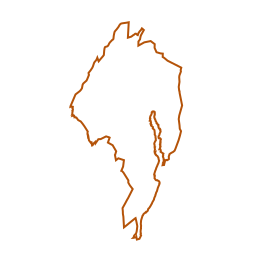 outline of Granvin nor, Hordaland, Norway, rotated 298°
{"feature_id": "86288312B43421694562872", "entity_name": "Granvin nor", "entity_type": "district", "adm_level": 2, "iso_a3": "NOR", "parent_name": "Norway", "parent_adm1": "Hordaland", "projection": "equal_earth", "projection_center": [6.647, 60.544], "detail": "fine", "context": "isolated", "style": "outline", "palette": "amber", "viewbox_px": 256, "rotation_deg": 298, "n_neighbors": 0, "source": "geoboundaries", "source_scale": "gbopen_adm2", "svg_char_len": 5819}
<svg xmlns="http://www.w3.org/2000/svg" viewBox="0 0 256 256"><g transform="rotate(298 128 128)"><path d="M218.7,75.1L217.6,73.6L216.7,72.7L216.0,72.4L214.9,72.2L212.5,72.1L209.5,71.6L208.0,71.2L206.7,71.0L205.4,71.3L202.8,72.1L199.8,73.3L198.8,73.1L198.5,72.8L195.3,71.9L193.9,71.7L191.6,71.8L190.9,71.6L190.4,71.4L189.1,70.1L188.5,69.7L187.3,69.9L185.3,70.6L181.1,72.4L179.6,72.2L175.7,71.3L173.1,70.8L173.7,70.1L175.7,67.9L174.8,68.0L173.2,68.1L170.3,67.5L169.5,67.5L166.0,68.1L164.4,68.2L161.3,67.9L158.1,67.3L157.0,68.1L156.6,68.6L151.6,69.1L150.3,69.1L146.5,67.7L145.7,67.6L145.0,67.6L141.4,68.7L139.4,68.5L137.9,68.1L133.0,65.9L120.3,67.0L119.7,67.2L120.3,67.7L120.2,68.0L120.5,68.5L120.9,69.2L120.9,69.3L120.4,69.5L119.9,69.5L119.7,69.7L119.3,69.7L118.8,70.5L118.4,70.7L117.9,70.7L117.6,70.9L117.4,70.8L117.3,71.0L117.0,71.0L116.7,71.3L116.2,71.3L115.6,71.6L115.3,71.8L114.9,71.9L113.8,72.4L113.7,72.4L113.9,72.7L113.8,72.8L113.8,73.0L113.6,73.1L113.3,73.4L112.9,73.4L113.0,73.5L113.1,74.2L113.4,74.4L113.2,74.7L113.4,74.9L113.1,75.3L112.9,75.4L112.4,75.7L112.8,76.1L112.6,76.8L113.0,77.5L111.6,80.3L111.6,83.2L110.4,86.0L109.0,88.8L106.0,94.1L105.7,94.1L103.7,95.0L102.9,95.8L102.2,96.3L102.7,96.3L102.5,96.5L98.8,99.3L97.6,101.9L98.0,101.9L98.2,102.1L98.2,102.3L98.3,102.6L95.7,104.5L96.0,104.8L99.1,105.1L99.7,105.5L100.2,105.6L99.2,106.5L104.2,107.1L105.4,109.1L110.3,112.6L110.9,115.7L110.9,116.3L105.7,117.1L105.6,122.5L101.9,128.5L98.9,129.1L98.1,129.1L93.9,132.5L96.7,133.7L97.7,139.5L91.6,141.8L87.1,142.2L87.2,142.6L87.1,143.2L86.5,144.9L81.9,152.9L79.9,153.9L78.2,156.6L76.3,160.8L66.1,161.0L64.2,160.9L60.0,160.9L54.7,160.8L51.9,162.6L49.8,163.8L47.6,165.5L38.4,171.1L42.3,172.8L44.8,173.8L51.5,176.7L52.0,177.0L48.9,179.7L45.7,182.3L41.1,184.1L39.5,184.5L38.5,184.6L36.1,184.0L35.3,184.0L35.2,184.3L34.8,184.4L34.1,184.4L33.5,184.2L33.8,184.7L34.5,185.3L34.8,185.9L35.1,186.3L35.5,186.5L35.8,186.5L33.7,188.2L35.5,190.1L39.2,190.0L39.3,189.7L39.6,189.5L39.7,189.2L40.5,189.1L40.6,188.8L41.3,188.6L42.1,187.9L44.6,186.8L45.1,186.8L46.5,186.0L47.5,185.6L48.4,185.1L48.6,184.8L49.6,184.2L52.7,182.9L57.5,182.0L57.9,182.2L59.0,182.1L59.9,182.3L60.8,182.8L61.5,183.0L61.6,183.3L62.2,183.3L62.2,183.6L62.8,183.7L63.6,184.2L64.7,184.2L65.7,183.9L66.4,183.9L66.9,184.2L67.8,184.3L68.1,184.4L68.9,184.4L69.8,184.5L72.0,184.5L72.3,184.6L73.7,184.4L77.0,184.5L77.9,184.2L79.0,184.0L81.2,183.9L81.7,183.6L82.3,183.6L84.2,183.2L85.9,183.2L88.9,182.5L90.6,182.3L92.2,182.2L93.6,182.0L93.7,181.7L94.7,181.5L95.4,180.7L95.6,180.1L95.5,179.4L95.7,178.5L95.1,177.5L95.2,176.8L96.2,174.9L97.5,174.5L97.9,174.2L98.3,174.2L98.7,173.9L98.6,173.7L99.1,173.6L98.8,173.6L98.9,173.4L99.1,173.0L99.2,172.9L102.7,172.2L104.7,172.0L106.2,171.7L108.1,171.6L109.7,171.4L111.0,171.4L113.8,170.8L114.0,170.5L114.5,170.0L116.1,168.7L117.1,167.0L117.1,165.8L117.4,165.5L117.3,165.4L117.4,165.0L117.7,164.4L118.3,164.0L118.4,163.6L119.0,163.5L118.8,163.4L118.9,163.1L119.1,162.9L120.0,162.3L121.7,161.9L123.1,160.8L123.5,160.7L123.6,160.8L123.8,160.8L123.8,160.7L123.6,160.6L123.7,160.4L124.1,160.3L124.3,160.1L125.1,159.7L125.8,159.2L126.2,158.7L126.9,158.4L127.8,158.3L129.0,158.2L130.1,158.4L130.6,158.0L131.2,157.8L132.9,156.5L133.7,156.1L134.2,155.6L134.7,154.7L135.8,154.2L138.5,152.4L138.8,151.9L139.0,150.9L139.3,150.0L139.9,149.9L140.1,149.7L140.5,149.6L140.6,149.1L140.8,148.6L140.8,147.7L141.0,147.2L142.0,147.1L142.1,146.3L142.8,146.1L142.7,145.8L143.6,145.7L144.8,144.8L144.7,144.2L144.6,143.8L145.1,143.7L145.4,143.6L146.5,143.5L146.6,143.1L146.9,143.0L147.0,142.7L148.1,142.5L148.7,142.2L150.7,142.3L152.1,142.1L152.7,141.7L152.9,141.6L153.6,142.0L153.9,141.8L154.2,142.0L154.4,142.4L154.3,142.5L154.6,142.7L154.8,143.1L154.7,143.4L154.5,143.6L154.5,143.8L154.6,144.1L153.9,144.6L153.2,144.7L152.9,145.2L151.9,145.4L151.6,145.6L151.1,145.6L150.0,146.0L149.7,146.4L148.9,147.0L148.6,147.7L148.3,147.8L148.0,148.4L147.1,149.1L147.0,149.6L146.3,150.5L146.0,150.9L145.6,151.0L145.5,151.4L145.6,151.9L145.3,152.1L145.0,152.6L144.8,153.1L144.9,153.3L144.6,153.4L144.2,153.6L144.2,153.9L142.8,154.7L142.1,155.7L142.4,156.3L142.2,156.8L142.0,157.0L141.6,157.1L141.5,157.5L140.9,157.6L140.6,157.9L140.5,158.3L139.9,158.5L137.6,158.6L137.1,158.9L136.3,159.0L134.9,158.9L134.0,159.4L133.5,159.8L133.4,160.1L133.8,160.7L134.0,161.0L134.0,161.3L133.8,161.8L133.6,162.0L132.5,162.4L132.6,162.5L132.1,162.6L131.7,162.9L130.9,163.0L130.5,163.2L130.6,163.5L130.4,163.6L128.8,163.8L128.8,164.2L128.2,164.2L127.4,164.7L127.4,165.0L126.6,165.2L126.6,165.5L124.4,165.7L124.6,165.9L124.6,166.2L124.3,166.4L124.3,166.7L124.1,167.0L123.3,167.5L123.1,167.8L122.3,167.9L122.2,168.4L122.2,168.8L122.0,171.3L120.6,171.5L120.5,171.8L120.1,172.1L119.0,172.3L118.8,172.7L118.6,172.8L118.1,173.5L117.2,174.0L117.1,174.5L116.6,174.6L114.7,175.3L114.1,175.2L114.0,175.5L113.6,175.9L112.8,175.7L112.8,176.0L111.5,176.1L112.3,177.2L113.5,176.8L114.6,176.6L115.6,176.3L116.7,175.8L116.9,176.1L117.0,176.4L117.7,176.6L117.9,177.0L117.9,177.6L118.1,177.7L118.9,178.3L119.7,178.7L120.5,178.3L122.1,177.3L123.4,177.2L124.2,176.9L125.5,177.4L127.1,178.4L128.1,179.1L129.9,179.8L132.2,179.6L141.0,178.4L145.4,177.5L150.1,176.3L151.6,174.1L154.6,172.2L159.7,168.6L163.1,167.4L173.3,165.2L183.2,157.1L184.7,156.2L184.8,155.8L188.1,153.5L192.9,151.8L196.8,149.4L198.0,148.9L198.9,148.7L202.7,148.2L203.9,147.3L206.3,146.7L206.0,131.3L206.9,127.0L207.0,125.3L210.0,123.8L209.1,121.6L208.3,117.6L211.3,113.8L214.6,112.2L215.4,107.2L211.3,102.2L205.6,98.5L209.3,96.6L211.9,97.0L214.4,96.2L216.0,95.9L221.9,96.0L222.0,95.1L222.3,94.7L222.5,93.5L220.5,93.4L218.8,92.9L216.7,92.7L213.7,93.2L214.8,92.7L215.0,90.7L214.6,90.1L213.3,89.6L212.4,89.0L211.4,88.6L210.1,87.9L207.7,85.5L221.7,79.0L220.0,76.9L218.7,75.1Z" fill="none" stroke="#b45309" stroke-width="2"/></g></svg>